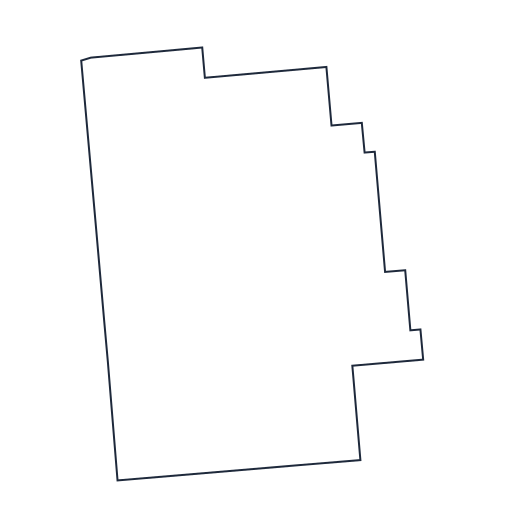 outline of Comanche, Oklahoma, United States of America, rotated 265°
{"feature_id": "52423323B36141291253557", "entity_name": "Comanche", "entity_type": "district", "adm_level": 2, "iso_a3": "USA", "parent_name": "United States of America", "parent_adm1": "Oklahoma", "projection": "orthographic", "projection_center": [-98.458, 34.631], "detail": "fine", "context": "isolated", "style": "outline", "palette": "slate", "viewbox_px": 512, "rotation_deg": 265, "n_neighbors": 0, "source": "geoboundaries", "source_scale": "gbopen_adm2", "svg_char_len": 433}
<svg xmlns="http://www.w3.org/2000/svg" viewBox="0 0 512 512"><g transform="rotate(265 256 256)"><path d="M163.0,99.2L44.5,98.5L43.9,281.3L43.6,342.2L124.7,342.4L138.3,342.4L138.2,413.5L168.5,413.4L168.5,403.3L228.8,403.4L228.9,383.2L349.5,383.4L349.6,373.2L379.4,373.0L379.4,342.6L438.2,342.6L438.0,220.6L468.4,220.6L468.0,108.8L465.9,98.9L296.7,99.1L205.8,99.1L163.0,99.2Z" fill="none" stroke="#1e293b" stroke-width="2"/></g></svg>